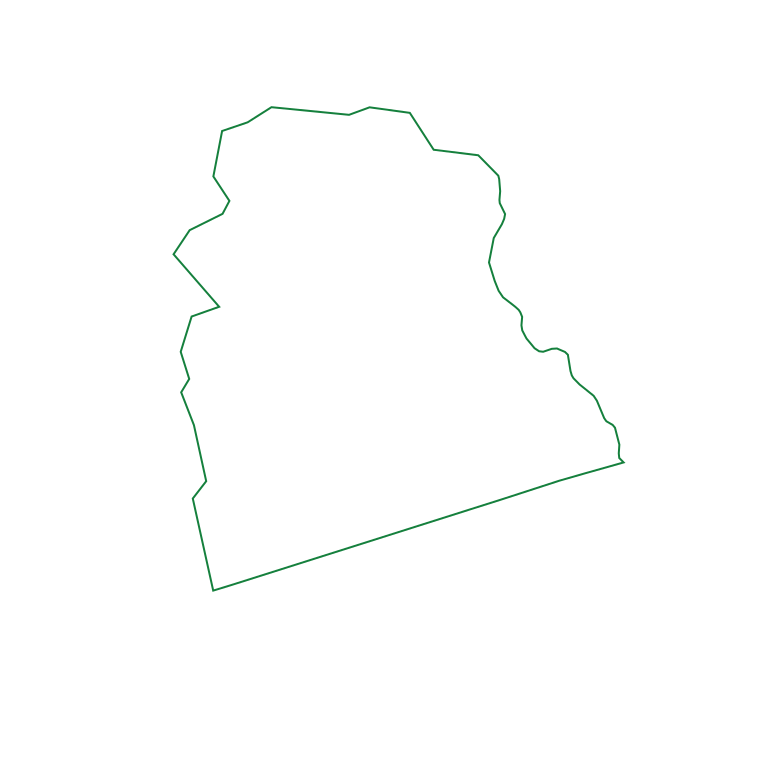 the district of Columbia, Georgia, United States of America, rotated 24°
{"feature_id": "52423323B94231025713709", "entity_name": "Columbia", "entity_type": "district", "adm_level": 2, "iso_a3": "USA", "parent_name": "United States of America", "parent_adm1": "Georgia", "projection": "natural_earth1", "projection_center": [-82.204, 33.528], "detail": "fine", "context": "isolated", "style": "outline", "palette": "green", "viewbox_px": 768, "rotation_deg": 24, "n_neighbors": 0, "source": "geoboundaries", "source_scale": "gbopen_adm2", "svg_char_len": 1053}
<svg xmlns="http://www.w3.org/2000/svg" viewBox="0 0 768 768"><g transform="rotate(24 384 384)"><path d="M403.7,147.2L377.1,136.7L334.1,149.8L297.3,125.8L258.3,137.1L242.6,152.3L168.6,176.9L153.0,200.4L133.2,218.7L143.7,263.8L168.3,279.6L167.3,294.2L143.9,322.5L139.0,351.1L202.0,380.5L180.8,400.6L185.2,437.3L204.0,458.6L202.1,474.1L227.1,498.9L261.1,545.1L255.9,566.4L312.0,642.2L325.8,630.2L512.9,464.2L537.5,442.4L583.3,401.2L603.9,383.9L634.8,358.2L629.0,355.9L626.7,351.9L623.7,343.7L612.8,330.0L609.6,328.4L602.4,327.6L601.6,327.2L599.0,325.6L585.3,312.7L580.3,309.5L562.9,304.9L554.8,301.7L552.1,299.8L549.1,296.3L540.1,282.5L536.3,281.1L529.1,281.2L527.6,281.2L523.0,283.6L516.3,289.8L512.4,291.0L507.0,290.1L495.7,284.5L493.0,282.4L488.5,278.8L485.7,274.5L482.9,266.5L479.4,263.1L476.9,261.5L472.6,260.1L469.9,259.4L457.5,256.4L450.8,252.2L443.2,244.8L430.5,230.3L424.9,206.0L426.7,190.0L426.6,184.4L426.5,183.8L425.5,179.5L416.2,171.7L414.6,168.9L411.7,160.6L405.9,150.0L403.7,147.2Z" fill="none" stroke="#15803d" stroke-width="2"/></g></svg>